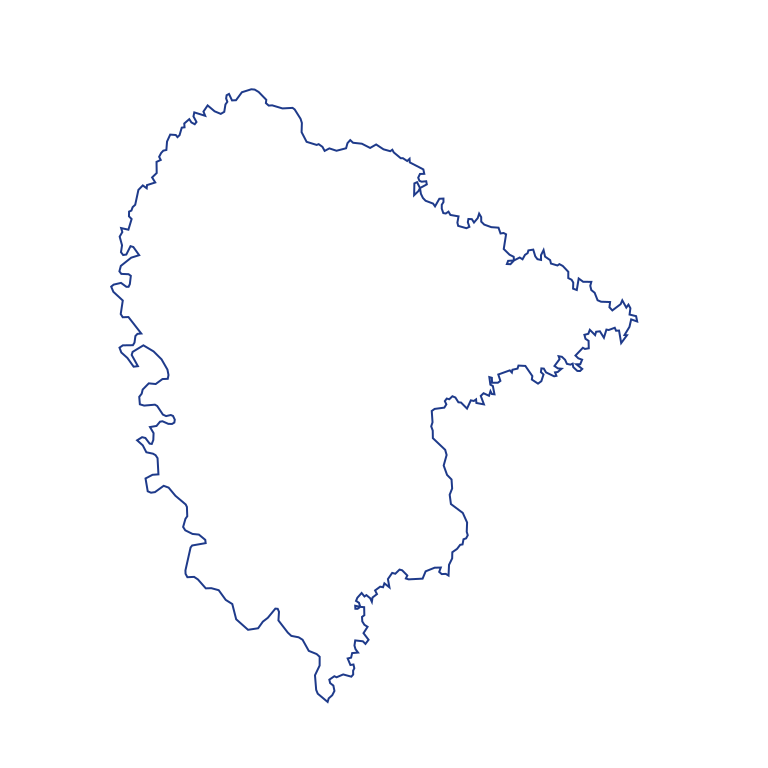 Ortigueira, Paraná, Brazil, rotated 173°
{"feature_id": "56859067B19846476381832", "entity_name": "Ortigueira", "entity_type": "district", "adm_level": 2, "iso_a3": "BRA", "parent_name": "Brazil", "parent_adm1": "Paraná", "projection": "equal_earth", "projection_center": [-50.979, -24.105], "detail": "fine", "context": "isolated", "style": "outline", "palette": "blue", "viewbox_px": 768, "rotation_deg": 173, "n_neighbors": 0, "source": "geoboundaries", "source_scale": "gbopen_adm2", "svg_char_len": 6157}
<svg xmlns="http://www.w3.org/2000/svg" viewBox="0 0 768 768"><g transform="rotate(173 384 384)"><path d="M624.5,304.6L615.1,309.8L610.4,307.4L604.6,298.4L595.5,288.6L594.6,286.0L595.4,276.7L597.5,274.4L600.8,266.6L599.1,263.0L592.3,258.5L586.1,257.1L580.4,251.1L580.4,247.8L594.1,247.1L595.9,245.3L603.8,223.2L604.1,219.8L602.7,216.2L596.0,215.7L592.5,212.7L585.8,202.9L580.3,202.4L573.2,199.5L567.4,189.0L561.4,184.1L559.4,168.5L548.9,156.6L538.7,156.9L533.2,162.9L527.8,166.1L519.2,174.3L516.9,173.8L516.0,170.7L517.6,162.2L509.8,149.0L506.7,145.3L499.6,143.0L496.0,140.1L491.2,128.3L483.8,124.2L481.1,121.1L482.2,112.4L488.0,103.3L488.6,88.7L487.5,84.7L478.7,75.3L477.2,78.7L473.3,81.4L470.6,85.4L471.0,90.8L473.9,93.7L474.3,97.2L468.9,100.0L466.8,98.7L459.9,100.7L452.1,97.5L450.0,99.4L449.6,103.2L448.1,105.5L448.5,109.3L451.6,109.2L453.5,116.0L450.0,116.4L448.4,120.8L442.5,120.6L444.6,124.3L445.2,128.0L443.8,133.0L436.3,131.2L434.1,128.3L430.5,132.0L434.7,139.2L429.9,145.0L432.8,147.4L434.5,151.0L434.2,155.5L431.7,156.9L430.9,164.9L434.7,165.7L435.5,169.9L438.2,172.1L436.5,175.1L431.7,179.3L429.3,175.5L427.2,176.6L423.8,173.0L422.6,169.3L421.4,173.5L416.6,176.3L418.0,180.2L412.5,183.3L409.7,182.4L407.9,186.1L403.4,181.5L403.9,189.9L398.9,195.5L395.9,194.3L391.2,197.9L388.7,196.9L384.2,191.1L386.0,188.3L383.4,187.1L369.4,186.1L365.5,193.0L356.1,195.5L350.0,194.9L352.1,190.8L349.9,188.3L345.8,188.0L343.3,186.0L341.5,196.6L337.6,202.6L336.7,208.7L331.5,211.5L328.0,215.1L325.6,215.2L324.0,220.2L321.3,220.8L319.3,223.7L319.9,227.2L318.4,236.4L321.5,246.4L332.2,256.7L332.3,266.1L329.1,272.0L328.6,281.0L332.5,286.1L334.7,295.8L330.5,305.9L331.3,311.2L342.1,324.3L341.3,331.8L342.3,336.2L340.5,340.1L339.9,351.4L336.8,353.1L327.0,353.2L324.6,356.2L325.7,359.6L323.5,361.9L321.1,360.9L317.6,363.5L314.8,361.9L312.4,356.8L309.8,356.2L304.6,349.5L299.8,357.2L296.9,356.2L294.5,357.5L294.6,353.9L287.3,351.6L289.4,360.4L286.3,362.7L281.2,359.5L279.2,363.9L278.1,360.9L275.6,360.3L276.2,368.7L278.5,370.4L278.6,378.0L276.2,377.0L276.6,372.1L270.8,371.4L268.1,372.9L269.4,379.5L257.5,382.2L255.7,379.8L254.8,382.5L249.6,383.0L248.3,385.9L241.5,384.7L235.8,373.8L236.7,370.4L231.1,365.6L227.5,367.6L224.5,374.0L226.8,376.7L225.9,380.3L223.5,379.8L221.8,375.8L214.2,370.9L211.9,371.1L212.8,374.7L210.2,374.7L205.9,377.5L209.5,378.3L212.6,381.1L206.7,387.3L207.3,390.3L204.1,389.3L201.3,385.9L200.0,381.7L196.6,380.5L194.3,381.2L194.1,377.7L190.5,373.4L187.8,373.0L185.4,374.8L190.6,380.1L186.8,379.7L184.4,384.0L188.0,385.8L190.5,388.9L182.2,395.7L180.3,394.3L176.4,394.5L175.7,401.9L178.5,404.3L179.1,408.4L175.1,408.9L173.1,412.7L168.5,406.8L167.1,410.0L163.3,410.0L160.1,403.1L156.6,410.9L154.4,410.2L148.1,411.7L147.2,408.6L144.2,408.4L143.6,395.7L136.9,402.8L139.3,403.3L133.4,410.8L130.8,418.0L125.1,415.2L125.5,420.6L131.8,423.0L130.2,429.2L131.7,433.0L134.2,430.3L137.3,438.0L139.4,434.4L148.4,429.2L150.9,432.7L149.6,437.8L158.5,439.2L161.8,441.1L163.8,448.9L166.8,452.0L167.3,456.3L165.8,460.1L173.9,461.2L177.9,465.0L181.2,453.8L184.7,455.6L183.8,461.6L185.1,464.6L188.2,466.7L187.4,472.9L192.2,479.4L195.3,481.6L197.4,480.5L203.6,483.2L204.0,486.7L208.6,490.8L209.3,497.5L212.5,492.7L213.0,488.0L216.5,489.2L218.3,492.3L219.5,499.2L224.4,499.0L225.5,496.4L228.3,495.0L231.3,490.9L233.9,493.0L239.9,490.8L239.8,494.5L243.6,497.0L248.7,503.4L244.6,517.7L246.9,519.3L250.0,519.2L251.3,525.2L258.4,526.6L265.1,530.0L267.7,533.3L267.2,537.8L268.8,541.5L270.8,537.2L275.0,533.3L276.7,536.9L280.1,537.5L281.1,534.4L280.1,529.6L283.2,528.6L291.1,531.9L291.5,535.2L289.6,541.3L297.5,543.7L299.0,547.2L301.9,545.7L304.3,546.4L305.3,551.0L304.8,554.9L302.8,557.3L302.4,560.8L306.5,561.1L311.7,554.1L313.3,557.1L320.4,560.8L322.7,563.9L324.2,568.3L324.4,574.1L317.2,576.9L317.4,580.1L322.0,580.2L324.1,581.4L324.9,584.6L322.7,588.1L318.4,587.7L318.8,592.2L331.4,600.8L331.2,604.4L333.8,602.5L337.7,605.8L339.9,606.1L346.1,612.7L347.2,615.5L349.4,614.3L355.9,617.0L362.6,622.7L369.0,620.0L376.7,625.2L385.3,627.2L387.8,630.2L390.9,627.5L392.9,622.6L402.7,621.3L409.5,624.5L414.5,622.6L416.2,626.9L419.6,630.0L421.7,629.5L431.3,633.8L435.1,644.0L433.7,653.1L434.5,657.4L439.2,667.4L441.1,669.2L451.2,669.9L461.0,674.2L464.5,674.4L467.0,677.2L466.2,680.4L472.8,689.1L476.5,692.0L479.8,692.7L489.5,690.9L496.3,683.7L500.3,684.0L502.5,690.8L505.0,689.8L505.9,686.7L505.1,683.2L507.3,680.8L509.4,673.6L513.1,672.0L518.9,675.3L525.1,682.0L530.0,676.4L528.8,672.0L539.2,676.7L540.5,672.8L538.2,666.9L540.2,664.9L543.3,667.1L545.0,670.6L550.5,666.9L550.7,663.1L553.5,663.1L556.6,655.9L558.9,654.2L560.3,656.5L565.8,657.6L569.8,651.1L571.5,642.8L574.6,642.5L577.0,640.5L579.5,636.9L578.3,633.6L582.7,632.2L583.9,621.1L589.0,617.3L586.5,611.9L595.0,610.3L595.7,607.2L599.2,610.5L604.1,606.6L609.1,592.2L611.9,590.2L613.6,586.9L616.0,586.2L616.7,581.5L614.4,578.5L618.9,568.3L625.9,570.8L625.2,566.7L628.4,562.5L627.1,553.6L629.0,546.9L627.2,543.8L624.0,543.9L618.8,551.7L616.1,550.5L611.3,541.7L619.5,540.2L630.8,533.3L632.9,528.1L631.3,525.3L624.1,524.1L622.1,522.2L624.1,514.1L625.7,511.6L627.9,511.9L632.7,516.4L640.2,515.6L642.9,513.9L641.4,508.5L633.1,498.7L636.8,485.5L635.2,482.1L629.5,481.6L618.8,463.7L622.6,463.8L624.9,461.9L626.6,455.5L628.5,453.1L638.5,454.2L642.1,452.3L640.9,447.3L635.5,441.1L630.4,431.7L626.1,431.7L630.9,443.6L629.6,446.5L618.1,451.7L608.7,444.4L601.8,435.6L597.2,424.7L596.8,419.2L598.0,415.5L603.3,415.9L610.6,411.8L617.4,413.3L624.2,407.9L625.7,403.9L628.5,401.1L628.8,393.6L624.7,391.8L613.9,391.4L611.8,389.8L607.2,380.6L604.2,378.7L599.4,379.2L597.3,378.0L596.0,374.1L596.8,371.3L599.2,370.2L602.9,370.7L608.4,374.0L610.9,373.9L614.9,370.1L621.5,369.8L618.7,363.3L619.8,356.5L621.8,352.8L623.9,353.4L627.4,359.5L630.6,360.7L635.9,358.2L630.9,352.5L628.2,345.2L621.8,343.0L619.4,341.2L617.8,338.0L618.9,321.8L624.8,322.1L632.2,319.3L631.6,306.3L628.5,304.5L624.5,304.6ZM324.4,574.1L326.3,571.3L331.1,567.7L329.4,579.4L326.6,580.3L324.4,574.1ZM239.9,490.8L243.9,487.5L247.4,488.1L245.8,491.1L239.9,490.8ZM434.7,165.7L437.6,164.1L439.8,164.4L439.6,167.4L434.7,165.7Z" fill="none" stroke="#1e3a8a" stroke-width="2"/></g></svg>